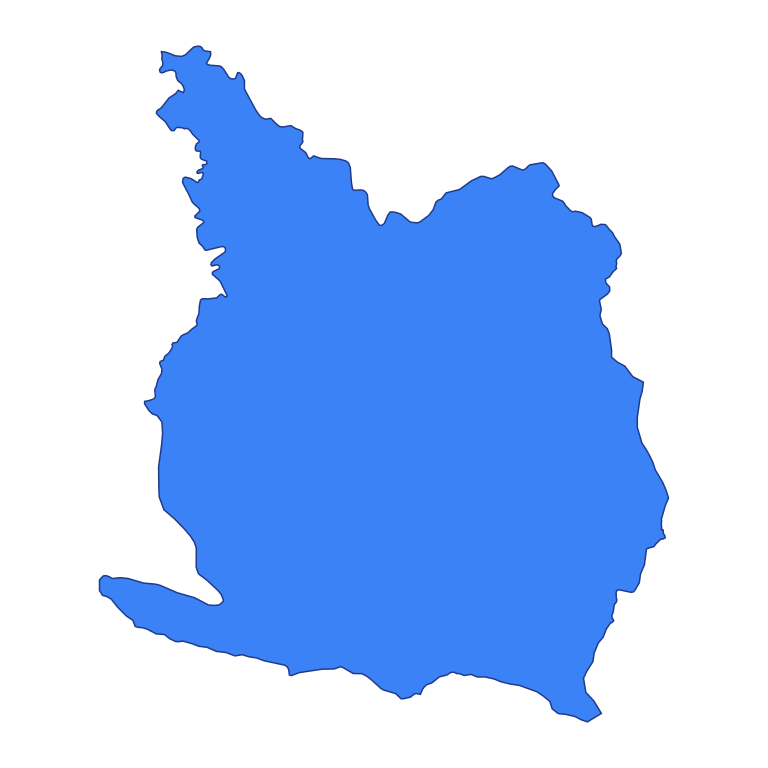 the district of Berik, Maekel, Eritrea
{"feature_id": "51966322B44125494570979", "entity_name": "Berik", "entity_type": "district", "adm_level": 2, "iso_a3": "ERI", "parent_name": "Eritrea", "parent_adm1": "Maekel", "projection": "mercator", "projection_center": [38.812, 15.386], "detail": "fine", "context": "isolated", "style": "filled", "palette": "blue", "viewbox_px": 768, "rotation_deg": 0, "n_neighbors": 0, "source": "geoboundaries", "source_scale": "gbopen_adm2", "svg_char_len": 6073}
<svg xmlns="http://www.w3.org/2000/svg" viewBox="0 0 768 768"><path d="M643.4,382.2L632.7,376.6L624.7,366.0L617.6,362.3L611.5,357.2L611.6,350.4L609.4,334.3L607.4,328.8L602.5,324.1L599.9,315.7L601.3,309.4L599.6,301.4L599.7,299.7L607.4,294.1L609.7,291.0L609.6,287.0L605.8,282.8L605.4,279.1L609.3,277.0L613.3,271.5L616.6,268.5L616.0,266.9L616.7,263.2L616.2,261.3L616.7,259.3L620.1,255.8L621.4,253.3L619.8,244.2L614.5,236.6L612.7,232.9L609.2,229.3L606.2,225.4L605.1,224.6L601.0,224.3L595.3,226.6L592.8,226.2L592.1,224.7L591.3,219.3L590.2,217.6L582.2,212.7L575.4,211.2L572.7,211.8L570.7,210.8L565.6,205.6L564.3,203.2L562.5,201.1L554.6,197.9L553.2,196.6L552.5,195.6L552.7,193.4L555.9,189.0L559.1,186.0L558.7,184.4L551.6,170.8L545.2,163.9L542.6,162.7L531.2,164.6L529.4,165.1L525.1,169.2L522.5,170.1L512.6,166.0L510.3,166.3L508.0,167.7L499.6,175.0L492.8,178.5L490.7,178.6L483.9,176.4L480.7,176.4L471.3,180.9L459.5,189.5L446.1,192.9L441.3,199.0L437.8,200.4L435.9,202.2L433.2,209.6L428.8,215.4L419.6,222.2L417.1,222.8L411.1,222.3L409.3,221.3L400.7,214.0L395.7,212.4L391.1,211.8L389.8,212.4L388.0,214.9L384.3,223.5L381.9,225.2L380.4,225.4L379.2,225.0L375.5,219.8L369.2,208.3L368.1,204.7L367.5,195.7L366.9,193.7L365.2,191.6L363.4,190.4L360.6,189.9L354.4,190.3L353.2,189.9L352.4,188.4L351.4,182.3L350.3,167.6L348.6,163.0L345.7,160.9L340.4,159.4L334.9,158.8L321.2,158.5L313.6,155.9L310.5,158.5L309.3,158.5L308.1,157.3L305.7,152.5L300.5,148.6L299.7,147.2L300.0,145.8L302.9,141.9L302.5,139.6L302.9,132.3L301.9,131.4L300.6,130.4L295.5,128.5L290.9,125.6L283.0,127.0L279.6,126.5L276.8,124.4L270.8,118.4L265.3,119.2L261.9,117.7L259.2,115.1L255.5,109.6L244.9,89.9L244.4,88.1L244.5,80.6L242.0,75.3L240.4,73.5L238.9,72.6L237.7,72.6L235.6,78.2L234.3,78.9L231.2,78.9L228.8,77.3L223.6,69.1L221.0,66.5L219.2,65.9L209.7,65.2L207.2,64.3L206.6,63.1L209.7,57.7L210.7,54.8L210.6,51.7L204.7,50.9L203.2,49.8L201.6,47.3L200.2,46.5L198.1,46.1L194.2,46.9L192.8,47.8L185.6,54.7L181.8,56.4L175.3,55.8L166.4,52.3L161.4,51.6L162.2,56.0L161.7,58.6L162.9,62.5L162.6,65.7L160.2,68.4L159.5,70.2L160.2,72.2L161.8,72.9L164.4,72.1L165.6,71.2L170.9,70.0L173.3,70.4L175.1,71.3L175.9,73.1L176.2,76.8L177.2,79.3L178.0,80.8L181.6,83.7L183.1,86.1L184.3,89.4L184.2,90.7L183.2,92.6L178.2,90.3L175.6,93.6L168.9,98.1L162.7,106.1L160.6,108.4L157.9,110.0L156.7,111.4L156.4,113.3L159.1,116.4L165.4,121.8L170.3,129.4L171.7,130.7L174.2,130.5L175.6,128.4L177.0,127.4L182.0,127.7L184.3,128.7L187.3,128.4L189.9,130.3L192.7,134.3L199.1,140.5L199.0,142.1L196.5,143.8L195.5,146.3L195.3,149.3L195.8,150.5L197.1,151.1L200.0,151.1L200.6,152.3L200.2,156.1L200.4,157.9L201.6,159.3L206.6,161.1L207.0,163.2L205.9,164.4L204.5,164.8L203.2,164.5L202.3,165.5L203.3,167.4L202.3,168.7L198.4,170.2L196.9,172.1L197.3,173.3L198.4,173.4L201.2,172.5L202.5,172.8L203.4,174.0L201.8,178.9L199.3,179.9L198.3,182.1L197.4,182.6L191.1,178.6L185.4,177.1L183.3,178.2L182.6,181.4L182.9,183.2L188.9,194.7L192.1,201.7L193.7,203.7L198.6,207.9L199.5,209.5L199.8,211.1L194.8,216.1L195.2,217.6L202.3,220.1L203.4,220.9L203.8,221.9L203.1,223.0L197.6,227.4L196.7,229.5L197.3,237.9L199.1,243.1L202.5,246.2L204.8,249.8L206.2,250.3L221.9,246.5L223.7,246.8L224.8,247.5L225.5,248.9L225.4,251.1L224.6,252.4L215.2,258.8L211.5,262.5L210.9,264.6L212.1,266.0L216.6,264.8L218.6,265.3L219.4,266.3L219.7,267.4L219.1,268.7L213.2,271.6L212.5,272.5L212.3,274.2L220.0,281.0L227.1,295.5L226.6,296.7L224.9,296.7L221.5,294.2L220.2,294.6L216.6,297.9L208.2,298.9L203.1,298.7L201.6,299.1L200.5,300.1L199.4,305.8L198.9,313.6L196.3,320.5L197.1,324.3L196.8,325.5L191.6,329.3L187.6,333.0L183.2,334.8L181.1,336.2L176.9,342.4L172.8,343.0L172.0,344.6L172.6,346.2L172.1,347.9L168.9,353.0L164.9,356.2L163.3,360.3L160.3,361.4L159.7,362.8L159.9,364.0L161.9,369.0L161.5,373.6L158.0,379.5L156.1,386.8L155.2,388.4L154.8,390.3L155.5,396.8L153.8,398.8L152.5,399.4L148.9,400.6L144.6,401.4L144.6,403.9L148.9,410.5L152.5,414.0L156.9,415.4L161.9,421.9L162.6,433.6L161.6,444.8L158.6,466.9L158.8,486.1L159.2,496.8L163.9,509.7L174.8,519.1L184.0,528.6L190.3,535.9L194.3,542.1L196.3,547.7L196.2,567.3L198.1,572.9L198.9,574.1L207.1,580.4L218.2,590.7L221.2,594.5L223.4,599.8L223.1,601.2L222.2,602.4L219.0,605.0L214.2,605.4L208.8,605.1L194.5,597.7L177.1,592.7L160.0,585.3L155.8,584.2L143.2,583.0L128.1,578.5L120.2,577.7L112.2,578.5L109.0,576.6L105.7,575.6L103.1,576.0L99.5,579.9L99.5,590.6L102.6,595.4L106.6,596.5L111.3,599.2L117.9,607.5L126.4,616.0L132.9,620.3L135.2,626.4L137.8,627.3L143.0,627.8L147.0,629.1L156.3,633.9L163.6,634.4L165.1,635.0L169.5,638.6L175.6,641.5L178.2,641.7L183.0,641.1L192.1,643.7L198.9,646.3L207.0,647.3L216.4,651.4L226.1,652.5L235.0,655.9L242.2,654.7L248.6,656.7L256.4,657.9L264.2,660.8L284.8,665.2L286.3,666.0L287.7,667.6L288.7,669.8L289.4,675.1L291.3,675.6L299.3,672.6L322.0,669.2L334.3,668.9L340.5,666.7L342.3,667.2L353.2,673.5L361.9,673.7L366.4,676.0L370.4,678.9L380.9,688.4L383.3,689.9L395.7,693.6L401.0,698.8L403.7,698.7L410.5,697.1L414.2,694.1L416.1,693.5L420.4,694.4L422.5,689.4L424.2,687.0L426.8,684.6L431.9,682.9L439.3,676.9L447.4,674.8L449.8,672.9L451.4,672.3L453.9,672.2L456.9,673.6L459.3,673.6L464.3,675.5L470.9,674.4L477.6,677.0L484.9,676.9L493.8,678.9L501.1,681.8L510.1,684.0L519.7,685.5L537.0,691.8L543.1,695.9L549.9,701.5L552.2,708.9L558.3,713.6L566.0,714.4L575.0,716.5L581.1,719.7L587.4,721.9L601.4,713.4L593.7,700.7L585.9,692.5L583.5,678.2L587.1,670.7L592.9,661.7L594.2,652.8L598.4,642.8L603.2,637.1L606.4,628.9L610.5,622.9L611.9,622.6L613.7,620.7L612.1,617.5L611.8,615.7L613.3,611.7L614.1,605.8L614.7,604.0L616.0,602.7L616.9,600.0L616.3,598.0L616.1,592.2L616.9,590.4L619.1,589.8L631.0,592.3L633.2,592.0L634.8,590.5L639.3,582.7L640.5,574.0L644.4,564.9L646.5,549.2L647.5,548.4L653.9,546.6L655.7,544.1L660.9,539.0L662.7,539.1L665.2,537.8L664.7,535.3L663.4,533.7L663.2,530.1L661.7,530.1L661.9,529.0L661.1,528.4L661.6,527.6L661.3,522.5L661.7,521.1L661.2,519.8L665.2,505.9L668.5,498.0L666.0,490.0L662.7,482.4L655.3,469.9L653.0,462.8L650.0,456.4L646.6,450.2L642.0,443.3L637.3,427.4L637.3,417.5L639.9,399.2L642.2,391.4L643.4,382.2Z" fill="#3b82f6" stroke="#1e3a8a" stroke-width="1.5"/></svg>